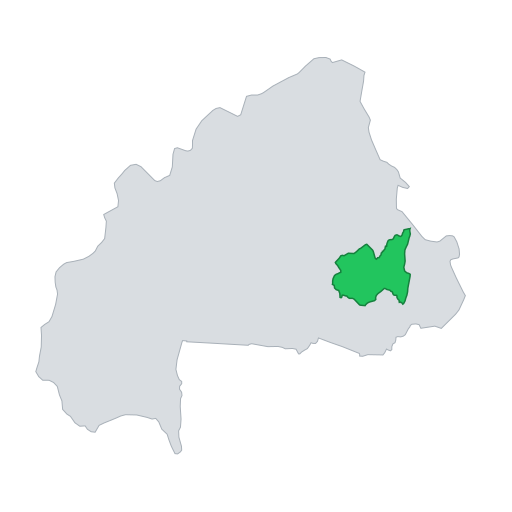 Burkina Faso, with Gourma highlighted, rotated 4°
{"feature_id": "BFA-2184", "entity_name": "Gourma", "entity_type": "Province", "adm_level": 1, "iso_a3": "BFA", "parent_name": "Burkina Faso", "parent_adm1": "", "projection": "equal_earth", "projection_center": [0.734, 12.217], "detail": "fine", "context": "in_parent", "style": "filled", "palette": "green", "viewbox_px": 512, "rotation_deg": 4, "n_neighbors": 0, "source": "natural_earth", "source_scale": "10m", "svg_char_len": 5208}
<svg xmlns="http://www.w3.org/2000/svg" viewBox="0 0 512 512"><g transform="rotate(4 256 256)"><path d="M388.2,345.9L374.4,346.6L369.4,348.6L366.4,348.6L366.3,347.0L365.9,346.0L348.5,340.4L336.4,337.1L324.0,333.4L323.3,336.8L321.5,339.1L318.9,339.2L317.0,338.7L315.8,341.3L313.7,344.8L310.9,346.6L308.1,348.7L306.5,350.6L305.3,350.7L302.5,346.2L298.8,345.7L291.7,346.5L288.6,345.3L284.3,344.7L274.1,345.6L257.8,343.8L255.2,344.7L254.5,345.6L238.4,345.8L220.7,346.0L205.8,346.2L192.9,346.4L192.9,345.6L188.7,345.5L188.2,347.0L184.5,365.0L184.0,374.7L186.0,380.8L188.1,384.7L190.6,386.3L190.8,388.5L188.9,391.3L189.0,394.2L191.3,397.1L191.9,400.3L190.7,403.5L190.9,411.4L192.6,423.9L192.6,432.0L191.0,435.8L191.7,442.1L194.9,451.0L195.4,454.8L194.3,456.6L191.6,458.9L189.0,458.8L185.8,453.4L184.5,451.0L182.0,445.5L179.8,440.0L176.9,437.6L174.1,435.3L170.6,428.3L167.3,425.0L163.7,425.9L158.6,424.6L148.1,422.9L136.9,423.4L132.3,425.0L127.6,427.5L116.0,433.2L111.3,435.9L107.8,443.0L103.8,442.8L99.9,440.6L97.4,437.4L92.1,438.1L87.0,435.0L82.1,428.9L78.4,426.9L73.8,422.5L72.5,414.1L69.6,408.2L66.9,400.0L62.9,396.3L58.3,394.4L51.9,394.8L47.7,391.5L44.4,386.7L45.3,382.6L46.8,376.7L47.0,371.0L48.1,361.8L47.6,350.3L46.5,342.3L50.0,339.0L54.1,336.0L56.7,330.6L59.5,318.3L60.7,307.8L59.9,303.9L58.5,300.8L57.5,296.2L56.9,290.7L57.7,285.8L60.8,281.4L64.7,277.6L67.5,275.8L74.8,274.0L84.0,271.2L89.3,268.0L93.1,264.8L95.3,262.3L97.5,257.2L101.1,253.2L103.8,249.2L104.3,238.1L104.3,231.7L102.3,228.2L101.2,225.2L114.8,216.5L115.0,210.3L113.1,203.5L110.5,197.9L109.6,193.2L113.3,187.6L116.7,183.3L119.1,179.8L124.5,174.3L130.0,172.9L135.0,174.9L149.7,187.8L152.3,188.6L155.3,187.6L159.3,184.2L164.3,181.6L166.3,173.0L166.1,160.3L167.3,154.5L170.0,153.5L178.5,155.9L180.7,156.1L183.2,155.2L185.0,153.0L184.9,149.0L184.6,145.3L187.4,133.6L192.5,124.8L202.8,113.8L205.9,111.6L209.7,110.5L227.9,118.0L230.9,116.2L235.4,97.4L240.4,95.7L246.4,95.3L250.2,93.7L252.2,92.4L261.0,85.3L276.3,75.7L284.6,71.5L286.2,70.0L292.1,63.1L300.0,55.2L305.0,53.7L311.9,53.1L316.2,54.4L317.4,56.6L318.8,57.7L327.8,54.4L340.7,59.7L351.9,65.0L351.1,68.3L351.1,74.1L350.1,83.4L349.0,94.5L353.6,101.7L359.1,109.5L360.6,112.5L359.1,120.1L360.1,124.6L363.1,132.1L368.0,141.6L373.1,151.3L376.6,152.6L380.0,153.4L382.0,155.1L385.0,156.8L388.0,157.9L390.6,160.1L392.2,162.2L394.4,168.2L400.1,172.2L404.1,176.1L402.5,178.1L397.5,177.3L392.8,175.6L392.2,178.4L392.0,189.5L392.8,198.7L393.9,199.9L398.6,201.6L409.9,213.6L420.1,224.9L423.6,227.9L429.2,229.0L435.6,229.4L438.3,228.4L444.4,222.7L447.7,222.1L450.7,222.2L452.3,223.1L455.3,227.8L458.1,234.8L458.9,240.0L458.6,242.8L457.7,243.8L452.6,245.2L450.5,246.2L449.9,247.8L450.7,251.3L451.7,253.5L457.2,263.7L465.2,277.4L467.6,280.9L466.3,285.0L462.2,295.7L459.2,300.1L445.9,315.3L439.3,313.5L425.5,316.6L423.5,313.1L420.3,312.6L416.3,313.2L414.8,314.5L414.4,316.0L413.0,318.1L410.4,324.1L408.5,325.7L406.0,326.6L403.0,326.5L401.3,327.3L401.3,330.2L400.7,332.8L398.7,334.1L397.8,337.0L398.0,339.9L396.8,341.2L394.2,340.5L392.7,339.7L391.2,343.4L389.5,345.9L388.2,345.9Z" fill="#d9dde1" stroke="#a8b0b8" stroke-width="1"/><path d="M334.2,279.0L334.4,277.8L334.2,275.6L334.5,273.1L335.7,270.0L337.3,268.6L339.0,267.9L340.6,266.8L341.7,266.4L341.6,264.5L339.3,261.6L338.1,259.8L336.3,258.1L335.6,256.9L336.1,256.2L339.2,252.4L340.6,249.9L342.1,249.3L343.8,249.6L347.9,246.8L353.6,246.7L355.9,244.7L358.7,241.6L359.3,241.4L360.3,240.7L364.4,237.1L365.7,236.6L371.8,241.9L372.6,243.1L375.0,249.8L376.2,250.8L377.1,249.9L377.4,249.3L378.0,249.1L378.8,249.1L379.3,248.5L379.7,247.3L380.3,246.6L380.7,246.1L380.7,245.1L380.8,244.2L381.5,243.8L381.8,243.2L381.8,242.5L382.8,242.2L383.2,241.2L384.2,239.9L384.3,238.2L384.5,237.2L384.9,237.3L385.3,237.4L385.7,237.1L385.6,235.8L385.8,234.4L386.6,231.8L387.1,231.1L387.9,230.6L389.1,230.3L390.2,230.2L391.3,229.8L392.1,228.4L392.7,226.8L393.4,225.7L394.1,225.4L394.9,225.1L395.8,225.2L396.7,225.8L397.5,226.1L397.8,226.1L398.2,226.3L399.0,226.4L399.8,225.7L400.4,224.5L400.6,223.2L401.0,222.3L401.5,221.6L401.6,220.5L401.8,219.6L402.5,219.3L404.1,218.9L406.3,218.2L407.4,218.1L407.8,217.9L407.5,219.2L407.8,221.0L408.4,223.2L408.0,225.5L407.5,227.1L406.4,233.6L405.2,236.5L404.1,239.6L404.1,243.5L405.1,250.7L404.8,253.8L404.2,256.9L405.4,260.7L407.7,262.3L409.6,262.7L411.1,263.5L411.1,265.7L409.7,277.5L409.7,281.2L409.2,284.7L408.4,287.3L407.8,290.4L406.6,293.1L405.8,293.8L405.2,293.0L404.4,292.3L403.8,292.3L403.4,291.9L402.9,291.8L402.2,292.2L402.0,291.6L402.0,290.5L401.6,290.0L400.9,289.5L400.1,288.5L399.5,287.4L399.4,286.1L399.0,285.4L398.2,285.5L396.5,285.4L395.8,285.0L395.2,284.1L394.8,282.9L394.2,282.1L393.1,281.9L392.4,281.2L391.8,280.7L390.3,280.5L388.6,280.2L387.5,279.5L386.2,279.4L383.0,282.7L380.7,284.6L380.0,285.3L378.7,287.1L378.2,289.2L378.5,291.0L377.3,292.3L372.4,294.0L370.5,295.1L368.9,296.8L368.3,297.9L364.0,297.8L362.8,297.6L356.9,292.2L355.3,291.5L352.0,291.7L350.3,290.6L349.3,289.5L348.4,289.6L345.5,288.9L344.7,289.2L344.4,291.1L344.0,291.6L343.2,291.6L342.7,291.4L342.6,290.3L342.2,287.5L340.9,284.6L338.4,284.0L336.6,282.4L336.1,279.9L334.9,279.3L334.2,279.0Z" fill="#22c55e" stroke="#15803d" stroke-width="1.5"/></g></svg>